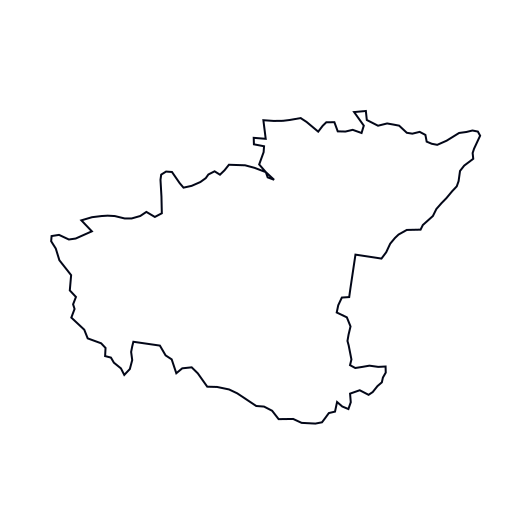 the district of Campinas do Sul, Rio Grande do Sul, Brazil, rotated 98°
{"feature_id": "56859067B85635117870916", "entity_name": "Campinas do Sul", "entity_type": "district", "adm_level": 2, "iso_a3": "BRA", "parent_name": "Brazil", "parent_adm1": "Rio Grande do Sul", "projection": "albers", "projection_center": [-52.665, -27.74], "detail": "fine", "context": "isolated", "style": "outline", "palette": "ink", "viewbox_px": 512, "rotation_deg": 98, "n_neighbors": 0, "source": "geoboundaries", "source_scale": "gbopen_adm2", "svg_char_len": 2265}
<svg xmlns="http://www.w3.org/2000/svg" viewBox="0 0 512 512"><g transform="rotate(98 256 256)"><path d="M129.5,54.4L123.9,55.8L119.4,55.0L105.7,50.8L101.9,53.6L101.6,59.1L103.9,64.9L105.9,72.0L115.3,83.3L120.7,92.0L120.4,97.6L119.0,102.9L112.5,105.1L110.3,111.2L113.1,118.2L113.0,123.8L107.0,132.4L106.7,138.7L106.5,144.6L110.0,153.3L105.9,165.2L97.1,167.4L99.8,178.9L111.9,167.4L119.5,168.6L117.6,177.8L120.3,184.7L121.2,192.4L112.6,197.0L113.8,205.0L117.8,208.1L124.2,211.7L116.2,224.6L113.2,231.0L116.6,241.5L118.4,248.2L119.8,257.4L120.5,267.6L138.6,262.7L139.3,274.7L145.7,273.6L146.2,263.3L152.1,262.9L164.9,265.6L171.6,257.9L168.9,269.7L167.7,279.4L169.4,295.5L175.5,299.1L180.5,303.0L177.9,308.8L181.9,314.5L185.9,316.6L190.5,321.4L195.5,329.5L198.4,337.3L194.5,341.7L184.5,350.9L184.9,356.8L188.6,361.2L193.8,361.2L210.3,357.9L226.8,355.2L231.4,361.6L227.6,370.7L232.5,376.2L236.1,384.3L237.1,391.3L236.1,401.4L236.7,408.5L237.9,414.4L240.4,423.8L245.0,433.9L254.4,422.0L263.8,437.0L265.7,443.6L262.5,454.0L264.7,461.2L269.9,460.9L276.5,455.3L287.6,450.1L300.7,436.4L316.0,435.6L321.6,428.6L329.3,430.4L333.7,428.3L342.7,430.3L352.9,415.8L361.0,411.2L364.0,397.2L368.0,392.2L376.1,391.5L376.8,385.5L381.4,381.9L386.1,374.1L392.1,369.9L385.5,365.2L376.3,364.1L368.4,366.3L362.7,366.0L358.0,365.5L358.1,338.7L367.0,331.7L370.1,325.1L383.2,318.6L377.5,313.4L375.2,304.2L380.3,297.3L392.2,286.1L391.1,276.3L391.9,264.1L394.6,255.5L400.4,243.4L404.5,234.9L404.0,227.1L407.0,218.5L414.4,210.9L412.2,196.5L414.9,187.6L413.7,173.9L411.5,167.5L407.0,165.0L401.4,162.0L399.1,156.1L389.3,155.4L393.0,149.7L394.7,143.2L387.6,141.8L379.2,143.7L374.5,134.6L377.8,125.2L374.5,121.5L367.9,117.6L363.6,113.8L358.7,113.4L353.4,111.3L347.4,112.3L348.8,119.5L348.8,128.4L350.9,134.9L353.1,142.1L351.0,147.7L345.2,147.1L331.6,151.8L327.4,153.6L321.0,153.4L312.6,152.6L304.1,157.5L300.7,168.2L293.3,167.7L285.2,165.2L283.7,158.0L275.3,158.0L240.8,157.7L241.0,137.6L241.1,131.4L234.2,127.6L225.1,124.8L218.8,120.9L214.9,117.8L209.2,110.3L207.0,96.7L202.1,95.1L191.8,86.4L184.3,83.9L177.9,79.7L172.2,75.5L164.6,70.8L159.1,66.9L153.7,65.8L143.4,65.8L137.5,62.4L129.5,54.4ZM171.6,257.9L178.0,248.7L176.5,255.4L171.6,257.9Z" fill="none" stroke="#020617" stroke-width="2"/></g></svg>